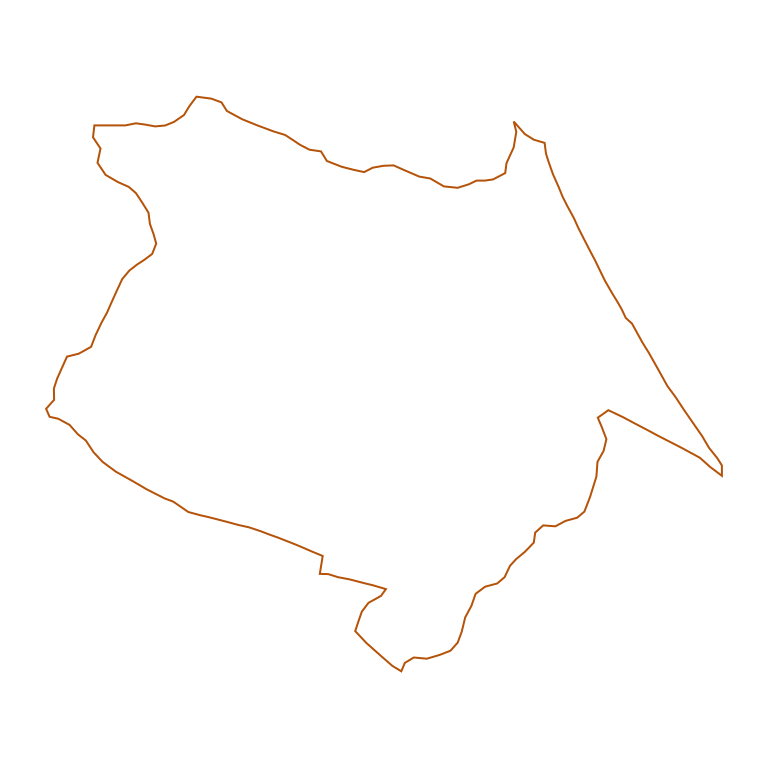 outline of Fortaleza, Ceará, Brazil
{"feature_id": "56859067B83599165614359", "entity_name": "Fortaleza", "entity_type": "district", "adm_level": 2, "iso_a3": "BRA", "parent_name": "Brazil", "parent_adm1": "Ceará", "projection": "orthographic", "projection_center": [-38.524, -3.793], "detail": "fine", "context": "isolated", "style": "outline", "palette": "amber", "viewbox_px": 768, "rotation_deg": 0, "n_neighbors": 0, "source": "geoboundaries", "source_scale": "gbopen_adm2", "svg_char_len": 2340}
<svg xmlns="http://www.w3.org/2000/svg" viewBox="0 0 768 768"><path d="M721.9,475.8L721.9,465.5L717.4,458.3L709.0,447.8L702.2,436.2L684.4,410.5L675.5,397.0L667.3,385.9L658.4,369.8L649.0,353.1L642.3,342.3L632.0,323.6L625.8,318.0L621.6,309.1L617.2,301.4L612.3,293.5L605.2,281.2L601.5,273.7L595.2,260.6L591.2,253.1L584.6,240.3L578.3,227.9L573.8,217.9L567.5,206.4L562.6,196.7L558.6,186.9L553.0,174.3L548.6,161.9L546.0,153.7L544.6,142.9L533.8,139.7L524.9,134.1L513.7,121.5L516.3,131.8L513.7,147.4L506.5,163.1L505.2,173.1L493.1,179.4L484.9,180.6L476.5,180.6L468.8,184.3L457.7,187.8L443.9,186.4L430.3,178.5L419.3,176.6L405.8,170.8L393.6,165.4L383.3,165.8L372.7,167.7L364.1,172.1L353.6,169.8L341.8,166.8L326.9,161.0L321.0,151.4L309.5,149.7L300.0,144.8L292.7,139.9L285.2,135.0L273.2,131.3L257.4,125.4L242.1,119.2L226.9,111.0L221.5,102.4L211.2,98.6L196.5,96.7L189.4,106.1L184.0,115.0L174.0,121.9L165.1,125.5L155.1,126.4L145.9,124.7L135.9,123.3L125.3,125.4L110.8,125.4L94.4,125.4L93.0,137.3L100.5,148.5L97.5,162.8L105.6,174.9L118.0,182.1L128.8,186.9L136.0,193.2L141.7,201.8L148.5,212.7L149.9,223.9L153.6,234.2L156.2,243.6L152.2,253.9L144.5,259.7L137.0,264.6L129.3,270.6L122.2,279.1L116.4,291.6L111.3,302.9L107.0,312.7L101.6,322.5L95.6,335.1L91.1,346.8L78.7,353.7L67.0,356.6L57.1,378.7L53.9,388.5L54.1,399.8L46.1,408.8L49.6,416.8L58.1,418.7L69.6,424.9L77.9,434.3L85.9,440.6L93.6,452.3L102.5,461.8L115.9,471.7L132.5,481.0L146.3,489.1L154.5,493.3L164.8,498.5L173.2,501.6L188.3,512.0L199.7,515.1L208.1,517.0L217.1,519.3L227.1,521.9L238.1,524.9L249.3,527.4L260.6,531.2L269.0,534.4L277.7,537.5L288.4,541.7L296.0,544.7L312.6,551.8L322.7,556.0L319.8,573.9L328.2,574.1L338.1,577.2L349.3,579.3L363.6,583.0L373.0,585.3L385.9,589.1L381.0,595.9L368.5,602.8L361.8,611.7L358.7,620.6L355.2,631.1L366.4,643.0L381.6,656.5L392.4,665.9L401.3,671.3L404.8,662.9L413.8,657.5L426.8,658.7L439.7,654.9L450.5,650.7L457.7,642.6L461.7,631.8L465.2,617.4L471.4,605.9L475.6,593.8L485.1,586.7L497.1,583.5L504.6,577.2L510.0,565.8L516.0,559.2L524.9,551.8L533.8,542.6L535.2,532.6L543.2,525.4L555.4,526.3L565.5,520.9L577.2,517.7L584.4,511.6L590.1,496.8L596.4,476.6L597.5,461.8L603.6,450.9L606.4,439.2L601.8,427.1L597.8,417.7L608.3,410.2L623.3,417.3L634.1,423.1L643.9,428.2L658.7,436.1L682.5,448.3L699.9,457.8L710.2,467.0L721.9,475.8Z" fill="none" stroke="#b45309" stroke-width="2"/></svg>